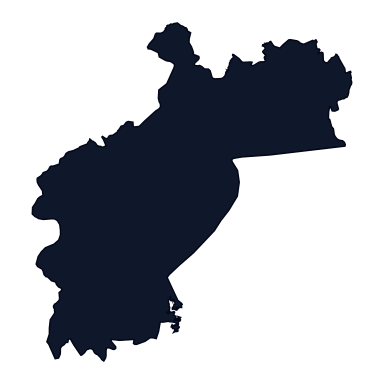 the district of Pweto, Katanga, Democratic Republic of the Congo
{"feature_id": "63176286B50481715267247", "entity_name": "Pweto", "entity_type": "district", "adm_level": 2, "iso_a3": "COD", "parent_name": "Democratic Republic of the Congo", "parent_adm1": "Katanga", "projection": "orthographic", "projection_center": [28.595, -8.698], "detail": "fine", "context": "isolated", "style": "filled", "palette": "ink", "viewbox_px": 384, "rotation_deg": 0, "n_neighbors": 0, "source": "geoboundaries", "source_scale": "gbopen_adm2", "svg_char_len": 5838}
<svg xmlns="http://www.w3.org/2000/svg" viewBox="0 0 384 384"><path d="M182.2,304.6L181.7,303.5L177.8,300.4L167.1,277.5L169.1,274.7L179.2,265.2L193.5,252.7L214.3,230.7L221.0,220.3L228.9,210.1L237.3,196.2L239.2,182.3L237.5,170.4L232.1,161.7L231.7,159.5L233.6,158.3L242.1,156.9L270.0,154.9L344.9,146.1L345.3,144.7L344.4,142.3L342.6,140.8L339.5,140.3L337.1,139.0L335.2,136.7L334.2,134.6L333.4,128.8L331.5,126.5L329.8,119.8L328.4,118.4L328.6,111.9L329.6,106.7L330.4,106.5L332.2,110.9L334.8,111.1L337.8,109.9L338.4,109.0L336.8,102.9L337.1,101.3L338.4,99.9L339.9,99.8L342.3,98.8L344.0,98.7L345.6,97.5L347.1,97.1L348.1,95.0L348.8,91.8L348.6,90.7L350.4,85.8L351.5,84.1L351.7,81.9L350.9,79.7L351.3,78.0L350.5,74.2L349.9,73.3L350.9,72.5L350.8,72.0L350.5,71.4L349.2,71.7L346.7,73.1L345.2,72.3L344.8,68.7L339.2,58.8L338.4,56.6L337.5,55.8L337.0,54.7L336.0,54.3L335.1,56.1L334.2,56.9L331.3,58.0L330.9,59.1L329.3,60.5L328.3,62.2L326.1,62.9L324.6,62.2L323.3,60.3L323.0,53.1L321.6,52.2L318.4,53.3L318.6,52.3L319.9,50.0L319.0,48.9L317.6,49.2L316.7,47.9L315.9,43.9L317.0,41.9L316.1,40.0L315.5,39.9L314.7,40.8L313.7,41.1L312.7,40.4L303.7,44.3L300.3,43.2L298.6,41.6L296.8,40.8L290.4,39.7L288.7,39.9L282.9,44.9L279.9,48.1L274.4,46.4L272.8,44.7L270.8,41.5L270.0,41.6L268.5,43.1L266.9,43.0L266.8,44.1L265.0,43.3L264.7,44.3L262.8,44.7L262.5,45.9L264.2,46.5L265.3,47.9L264.7,49.6L263.1,50.9L262.7,52.0L263.4,52.5L263.7,53.4L264.9,53.6L264.8,54.3L265.5,54.4L265.4,55.4L265.9,55.9L264.6,56.7L264.3,57.4L264.4,58.0L265.1,57.7L265.3,58.2L264.7,58.4L264.7,59.2L265.1,59.3L265.3,61.2L264.7,61.8L260.2,61.9L258.7,62.4L253.9,65.4L251.5,65.6L250.9,65.0L252.1,62.3L250.4,62.0L243.7,62.4L241.8,61.9L239.1,58.7L233.6,54.6L232.7,54.5L232.6,55.4L233.5,56.5L232.8,58.3L231.7,59.0L231.5,60.0L230.6,60.3L230.2,61.3L230.5,62.2L229.6,62.8L229.3,65.6L228.1,67.7L228.3,68.8L227.9,69.5L228.8,70.0L227.5,70.7L227.0,70.4L227.5,71.5L226.9,71.9L226.6,71.4L226.2,71.7L225.8,72.5L226.3,73.2L225.8,73.4L225.0,75.8L223.2,77.7L221.3,78.6L215.1,78.9L213.3,78.5L212.1,77.6L210.1,70.8L208.4,69.1L205.1,69.1L204.3,68.8L201.8,66.6L199.6,65.5L197.7,65.9L194.3,65.4L194.6,63.1L198.3,59.7L199.1,58.1L198.8,56.5L193.1,54.2L193.4,52.5L192.4,49.4L191.4,46.7L189.0,42.7L189.1,39.0L190.6,32.8L187.5,31.0L187.0,29.1L186.0,27.8L184.8,27.6L182.5,26.1L181.0,25.8L177.4,23.0L173.4,23.7L173.0,24.5L170.9,24.0L168.9,25.3L167.7,25.3L166.9,25.8L166.9,26.9L165.5,28.2L165.3,28.6L166.1,29.7L165.8,30.1L164.8,30.2L163.8,31.9L160.8,33.3L156.4,33.2L155.4,34.3L153.9,38.7L149.4,43.8L147.5,47.1L148.2,48.8L150.9,49.1L158.3,52.6L159.3,56.9L165.4,60.3L167.4,61.0L170.5,61.4L174.0,63.7L174.6,65.3L174.0,67.7L166.8,83.8L158.9,89.9L158.4,98.2L159.2,101.7L160.3,103.8L160.6,106.4L159.4,108.6L155.6,111.1L144.8,120.9L139.3,126.4L134.5,127.0L133.2,126.5L132.9,122.2L128.2,121.5L126.3,122.3L123.8,125.5L121.1,126.2L119.4,129.0L117.8,130.8L117.3,132.1L112.7,135.3L110.1,135.5L109.0,136.1L107.4,138.8L105.2,138.3L102.5,136.4L101.9,137.0L103.5,139.6L106.1,145.8L103.2,147.1L101.9,147.2L100.8,146.4L98.9,146.3L96.9,145.3L95.4,143.0L93.1,141.3L91.5,140.9L90.7,139.6L89.8,139.1L89.6,140.4L87.7,142.9L87.5,143.9L79.9,146.8L79.0,148.0L72.9,150.8L68.6,151.8L66.0,153.5L64.9,155.8L63.5,157.5L60.7,158.7L60.0,159.7L59.3,164.1L52.9,166.2L51.1,166.1L50.0,166.9L48.7,169.4L47.1,171.2L43.2,172.7L42.1,174.6L40.7,176.1L37.4,178.1L37.1,179.3L37.4,182.2L38.6,184.9L42.5,190.7L43.0,195.3L39.5,197.2L37.8,198.8L35.3,203.5L32.6,207.3L32.3,214.0L34.9,216.4L38.8,218.6L43.3,219.4L52.2,218.7L54.9,219.0L57.3,220.5L59.8,224.6L60.5,230.4L60.5,235.0L58.7,240.1L54.0,244.2L45.5,247.7L41.4,251.8L38.2,256.6L36.2,264.1L37.6,266.5L42.1,269.1L43.0,270.7L44.1,274.6L45.9,276.6L47.7,277.0L51.6,280.8L55.6,282.0L56.5,284.5L58.6,287.0L61.7,288.4L61.5,290.6L59.1,292.6L59.6,298.7L59.1,300.4L56.3,303.2L54.6,304.2L53.5,306.1L53.7,307.7L54.5,308.9L54.7,313.1L50.3,319.8L49.4,328.0L49.4,334.1L46.9,341.8L48.8,344.2L55.2,358.7L58.6,358.0L60.3,353.9L60.4,348.3L61.5,346.4L64.3,344.5L65.6,342.7L66.3,342.4L67.7,342.4L68.3,339.6L69.3,338.9L70.4,338.9L73.8,344.9L80.8,355.2L81.8,355.0L84.4,352.8L86.5,349.8L90.0,348.5L92.7,349.2L94.5,352.7L95.9,353.9L97.7,354.7L100.8,357.9L101.7,359.5L103.8,361.0L105.5,358.1L106.0,355.9L106.0,350.7L106.5,348.3L107.2,347.9L109.1,347.8L113.1,349.4L114.3,349.4L115.7,348.4L115.7,346.8L111.4,341.6L111.0,340.0L111.4,339.4L119.4,340.3L134.1,339.4L133.5,343.4L134.6,344.3L136.5,344.4L145.0,341.3L150.2,337.7L153.3,337.8L156.2,338.6L158.5,331.6L160.2,322.0L163.1,322.1L168.8,321.2L169.4,321.8L171.6,321.8L175.9,322.6L176.3,323.5L175.9,324.3L176.6,324.4L176.0,325.5L174.7,325.1L174.6,325.7L174.2,325.9L173.0,325.2L172.3,325.7L172.0,325.0L171.2,326.9L172.3,327.4L172.6,328.5L174.1,328.7L174.8,329.3L174.9,330.2L175.3,330.5L174.5,330.9L173.7,332.3L175.2,331.6L177.2,331.5L177.9,331.1L178.0,330.1L176.9,329.1L178.3,328.4L179.2,327.4L178.9,326.5L177.8,325.6L178.5,324.1L178.2,322.9L178.9,321.2L178.3,320.4L174.4,320.2L175.3,319.1L177.5,318.9L178.7,319.2L179.7,320.0L177.8,319.1L176.5,319.4L178.3,319.5L179.9,320.9L180.5,319.9L179.7,318.7L180.6,317.5L178.2,316.7L178.8,317.5L176.9,318.4L175.4,318.6L175.9,316.5L173.7,315.0L174.6,312.2L173.9,311.5L172.8,311.9L172.4,312.4L170.8,312.1L169.6,313.0L167.8,313.5L166.6,312.4L167.1,311.9L168.9,311.7L169.6,311.2L169.3,310.8L169.7,307.3L168.9,305.3L169.2,304.0L168.5,302.7L168.4,300.5L168.6,299.9L169.8,298.9L169.9,296.7L170.4,296.4L170.7,296.9L170.3,299.5L170.6,300.5L171.5,300.8L173.0,299.5L173.1,301.2L173.4,300.6L174.2,300.4L175.2,303.4L175.1,304.0L174.0,304.3L173.7,306.6L172.8,307.1L172.3,308.0L172.4,309.3L173.4,309.0L173.1,308.1L173.8,308.0L174.3,309.3L174.8,309.4L175.6,308.9L176.0,310.1L176.9,310.0L178.3,308.3L176.6,308.2L176.1,307.9L176.2,307.5L178.9,307.3L179.7,307.7L180.5,307.2L181.6,307.5L181.7,306.9L180.8,306.6L180.8,305.7L182.2,304.6Z" fill="#0f172a" stroke="#020617" stroke-width="1.5"/></svg>